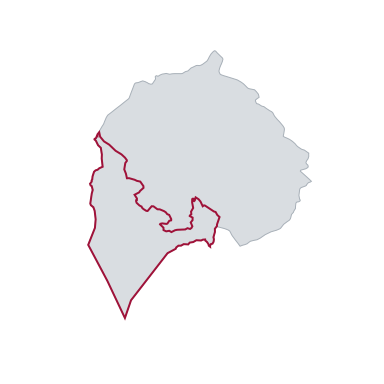 Ethiopia, with Somali highlighted, rotated 109°
{"feature_id": "ETH-3134", "entity_name": "Somali", "entity_type": "Administrative State", "adm_level": 1, "iso_a3": "ETH", "parent_name": "Ethiopia", "parent_adm1": "", "projection": "mercator", "projection_center": [42.488, 7.246], "detail": "medium", "context": "in_parent", "style": "outline", "palette": "rose", "viewbox_px": 384, "rotation_deg": 109, "n_neighbors": 0, "source": "natural_earth", "source_scale": "10m", "svg_char_len": 5492}
<svg xmlns="http://www.w3.org/2000/svg" viewBox="0 0 384 384"><g transform="rotate(109 192 192)"><path d="M93.7,261.9L93.4,261.6L91.7,260.2L90.2,258.5L89.2,256.6L88.3,255.0L87.9,251.4L86.7,249.3L85.6,246.6L83.9,241.5L83.2,239.8L81.8,238.6L80.4,237.5L78.9,235.3L75.1,233.3L73.6,231.7L71.0,229.1L70.4,227.7L70.2,226.4L69.4,225.1L68.0,223.7L63.5,220.6L62.3,220.2L60.7,219.9L58.4,219.6L55.2,218.9L52.5,217.7L51.3,216.9L51.0,216.3L51.2,215.3L52.2,213.6L54.1,209.6L55.4,206.8L56.3,206.0L58.7,205.8L61.3,205.9L63.1,206.1L65.8,206.2L68.9,205.9L70.2,205.0L71.2,204.0L71.6,203.3L71.7,201.5L71.7,200.0L71.5,194.5L71.4,191.2L71.3,187.3L71.3,186.5L71.3,185.5L72.1,181.4L72.8,179.0L73.3,177.8L75.3,173.8L75.7,172.6L75.7,171.4L75.0,166.1L76.3,163.6L77.9,161.1L79.4,160.1L80.6,159.4L81.1,159.7L82.5,160.8L84.3,161.9L85.2,161.7L86.4,160.7L87.4,159.7L87.2,157.8L88.1,154.0L87.9,151.8L88.8,149.0L89.8,145.1L90.2,142.7L90.8,141.4L93.4,138.7L95.7,134.9L97.1,132.1L99.9,127.5L101.3,125.8L102.4,125.1L104.1,124.7L107.2,124.2L109.5,123.9L109.8,123.3L110.0,122.3L110.1,120.3L110.5,116.8L111.5,113.3L112.6,110.7L113.2,109.5L114.0,108.4L114.8,106.5L115.9,102.3L115.8,99.4L117.3,94.2L117.7,94.2L120.3,93.2L122.8,93.1L125.2,93.8L126.8,93.9L127.5,93.6L128.2,92.7L128.8,91.3L129.8,90.5L131.1,90.4L133.0,92.0L135.9,96.2L136.6,96.4L137.1,96.3L138.5,92.9L139.6,90.3L141.7,85.4L143.0,82.6L144.1,83.4L145.2,84.9L146.4,85.5L147.8,86.0L148.5,86.0L149.3,86.6L152.2,90.1L153.3,90.9L154.6,91.0L160.4,89.8L163.9,87.8L164.4,87.0L165.4,87.0L166.5,87.9L166.9,88.8L167.7,89.9L169.0,90.1L172.4,89.3L174.0,88.8L175.4,89.2L177.1,89.5L178.2,89.5L180.8,90.6L184.0,90.3L185.4,90.3L187.0,90.8L189.4,92.6L192.7,94.8L197.3,96.4L198.2,97.0L200.5,99.5L203.9,104.3L208.5,108.9L213.4,112.5L216.0,115.0L217.8,118.1L219.6,120.8L221.3,122.0L223.0,123.0L224.7,125.1L225.9,126.9L227.6,128.9L225.7,131.6L223.3,135.3L220.4,139.5L219.5,140.6L217.0,143.2L216.5,143.9L216.1,145.8L216.0,149.1L216.3,153.5L216.7,157.4L218.0,157.9L219.6,158.2L221.4,157.7L223.6,157.2L226.3,157.0L229.2,156.2L231.0,155.5L232.8,155.6L234.4,156.3L235.2,156.9L236.3,157.1L237.8,157.1L237.5,157.8L236.7,158.9L235.7,160.0L234.8,161.2L232.9,164.3L232.8,164.7L233.1,165.4L234.1,166.8L235.2,169.2L235.8,171.3L236.3,172.3L237.6,173.5L239.6,176.0L240.6,177.6L242.7,178.5L243.4,180.6L245.0,183.7L246.7,186.2L248.4,188.1L250.2,188.8L251.0,188.9L254.8,192.4L257.8,195.1L258.5,195.6L263.9,197.4L270.0,199.4L274.9,201.0L281.2,203.1L287.4,205.2L293.2,207.1L301.3,209.9L307.9,212.1L313.1,213.9L314.2,214.4L333.0,214.4L328.4,218.9L323.1,224.0L317.6,229.4L314.1,232.9L308.4,238.3L303.7,242.9L298.9,247.9L294.5,252.4L288.9,258.6L285.2,262.6L279.4,268.9L275.8,272.9L275.3,273.1L270.1,272.8L265.1,272.5L258.6,272.1L257.9,272.2L256.0,272.5L254.9,272.9L250.3,274.0L249.4,274.2L245.6,275.9L241.6,277.9L239.6,279.5L238.0,281.7L237.3,283.3L236.6,284.0L235.4,284.6L227.1,286.1L224.8,286.3L220.9,287.5L218.9,289.5L218.3,290.5L215.5,290.5L210.7,290.8L208.6,291.1L207.6,291.2L205.8,291.2L204.3,290.8L203.3,290.3L202.0,289.0L199.2,286.5L197.2,285.0L192.7,286.8L188.7,288.5L183.1,291.1L179.8,292.9L178.8,294.7L176.3,298.1L174.1,300.1L173.3,300.4L168.2,299.9L166.4,299.5L163.4,299.2L159.3,298.4L156.6,297.7L153.6,297.6L149.4,297.3L146.8,296.7L144.1,294.9L140.7,292.7L137.1,290.4L133.5,288.0L129.2,285.3L124.5,282.3L123.4,282.0L123.0,282.0L117.9,281.9L112.6,281.7L109.0,281.6L107.9,281.3L107.1,280.6L106.0,278.4L104.6,276.8L103.0,274.8L102.9,272.2L103.3,269.2L103.7,268.3L103.5,267.3L103.5,266.0L102.7,264.7L97.5,263.3L96.6,263.4L95.8,263.9L94.8,264.3L94.1,264.0L93.6,263.4L93.6,262.6L93.7,261.9Z" fill="#d9dde1" stroke="#a8b0b8" stroke-width="1"/><path d="M333.0,214.4L303.8,242.9L275.8,272.9L257.5,272.1L249.2,274.2L241.5,277.9L238.5,280.3L237.4,283.3L236.1,284.4L226.0,286.3L222.4,286.5L219.0,288.8L218.8,290.0L217.4,291.1L214.8,290.2L213.7,290.7L212.7,290.4L209.7,291.1L204.7,291.2L202.9,290.2L201.7,288.5L199.7,287.4L197.2,284.7L189.7,288.3L185.9,289.4L179.9,292.6L178.4,296.0L174.8,299.6L174.1,301.3L173.5,301.4L172.2,300.3L169.8,300.2L169.9,299.6L168.1,300.1L165.7,299.2L169.6,296.9L172.8,291.7L174.2,285.7L177.9,277.7L179.4,270.9L181.3,266.6L183.1,264.0L183.8,263.7L186.3,264.5L192.7,263.4L196.1,260.5L200.2,258.0L199.4,255.9L199.1,250.2L199.4,247.8L199.0,244.3L202.2,239.9L203.9,239.2L208.0,241.5L209.5,241.8L213.3,245.4L216.0,242.0L217.5,241.5L217.8,242.1L218.7,242.0L220.3,240.8L221.9,237.2L222.2,234.9L223.0,234.3L223.9,232.5L224.7,229.1L224.4,227.8L218.6,225.5L218.1,223.7L219.6,219.1L218.9,216.8L219.2,212.2L219.7,210.2L221.0,208.2L221.1,206.1L224.4,202.8L225.6,202.5L226.6,204.1L229.9,205.0L230.5,205.8L231.4,210.0L232.4,211.6L233.0,211.7L235.0,207.4L237.3,206.5L237.6,203.6L236.1,200.9L236.6,198.4L233.7,195.6L232.6,193.8L229.6,186.2L227.7,184.5L227.6,181.8L226.2,180.8L224.3,180.5L221.2,183.3L218.4,182.3L216.0,183.1L215.5,186.3L215.0,186.4L213.2,185.4L210.9,186.5L206.7,185.7L201.8,188.5L198.7,189.5L198.0,189.0L197.8,187.8L199.9,187.8L200.0,187.1L199.1,186.6L195.9,186.8L196.7,183.4L198.3,180.8L202.0,177.2L200.7,176.3L200.6,175.3L203.3,164.9L203.2,163.2L205.5,160.6L206.7,157.8L214.6,157.8L216.1,157.3L219.3,158.4L222.3,157.3L227.8,157.0L229.5,155.9L232.0,155.4L234.2,155.8L235.0,157.1L236.9,157.5L237.8,157.1L237.3,158.6L235.9,159.5L234.3,161.7L233.6,163.6L232.6,164.1L233.5,166.2L234.9,167.6L236.2,172.2L238.9,174.5L240.6,177.7L242.8,178.5L244.0,182.9L246.3,184.9L247.2,187.4L249.6,188.9L251.0,188.9L257.8,195.2L314.2,214.4L333.0,214.4Z" fill="none" stroke="#9f1239" stroke-width="2"/></g></svg>